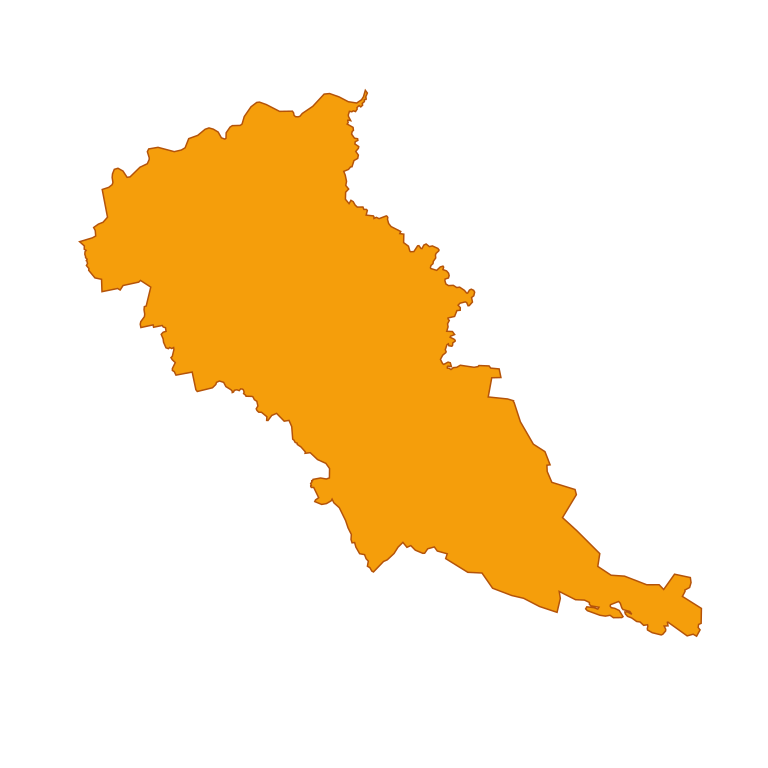 Straupes pag., Pargaujas, Latvia, rotated 171°
{"feature_id": "27541924B928212469839", "entity_name": "Straupes pag.", "entity_type": "district", "adm_level": 2, "iso_a3": "LVA", "parent_name": "Latvia", "parent_adm1": "Pargaujas", "projection": "mercator", "projection_center": [24.945, 57.337], "detail": "fine", "context": "isolated", "style": "filled", "palette": "amber", "viewbox_px": 768, "rotation_deg": 171, "n_neighbors": 0, "source": "geoboundaries", "source_scale": "gbopen_adm2", "svg_char_len": 6158}
<svg xmlns="http://www.w3.org/2000/svg" viewBox="0 0 768 768"><g transform="rotate(171 384 384)"><path d="M248.8,131.4L243.4,144.6L243.4,151.7L228.6,141.0L219.8,139.2L215.3,136.1L215.6,134.3L214.3,132.5L206.6,129.9L208.1,128.2L211.5,130.2L218.5,132.2L220.0,130.4L218.6,128.3L206.9,121.8L201.6,120.1L196.9,120.2L194.0,117.3L185.7,116.1L184.3,116.8L187.1,123.5L191.1,126.3L194.6,127.6L195.4,129.3L194.8,130.6L186.3,132.5L184.9,130.4L184.2,125.8L183.2,123.8L176.8,120.9L175.3,117.8L179.3,120.8L181.8,121.2L181.6,119.2L179.8,116.4L176.1,114.3L171.6,109.9L168.3,108.9L165.3,105.0L161.4,105.0L161.3,103.4L162.2,101.3L162.2,99.8L158.0,96.4L149.5,92.8L147.8,93.2L144.5,96.0L144.1,97.7L145.2,101.1L141.3,100.7L141.4,104.3L140.8,104.4L124.0,87.8L117.8,88.5L114.7,86.0L110.3,91.7L111.8,94.4L110.9,97.3L108.2,98.0L105.6,112.7L122.5,127.5L119.1,132.1L119.1,133.4L114.0,135.2L111.8,139.8L111.7,144.9L126.8,150.7L139.9,137.3L143.7,142.7L155.9,144.6L176.5,156.6L189.6,159.6L201.4,170.4L197.4,182.7L216.4,208.8L228.6,224.1L211.3,244.6L211.8,249.9L233.6,260.6L236.5,272.1L235.8,278.3L232.6,278.2L235.6,292.0L245.9,301.2L255.2,325.3L258.4,345.4L259.0,346.6L258.7,347.2L264.3,349.9L283.1,354.9L276.6,373.3L267.5,372.1L267.9,380.9L276.1,383.0L277.4,385.4L287.4,387.4L288.4,386.5L292.4,386.4L305.7,390.6L309.5,389.1L312.8,389.3L315.6,387.8L317.3,389.4L318.9,389.7L318.9,390.9L318.0,391.7L314.7,390.6L315.2,394.6L317.3,395.6L321.9,394.0L323.0,395.1L324.4,399.5L321.5,403.3L318.1,405.3L317.6,406.1L318.1,408.3L315.7,412.9L314.2,413.6L313.9,411.6L311.1,410.7L310.2,411.5L309.7,413.8L307.0,415.2L306.9,416.1L307.9,417.4L311.4,419.8L310.8,420.8L306.5,421.8L308.2,425.1L313.8,426.3L311.8,430.4L311.8,433.5L309.6,436.5L310.6,438.4L310.4,439.2L303.7,439.7L300.5,445.1L297.2,444.9L296.7,447.5L298.5,450.3L296.3,451.9L290.8,452.4L289.6,451.4L288.7,448.1L287.5,448.1L283.8,451.1L284.0,455.7L281.5,457.1L280.1,460.5L280.8,462.5L283.0,464.0L284.9,463.4L287.2,460.7L288.2,460.9L289.9,463.9L294.1,467.8L297.1,467.9L300.1,470.6L304.9,471.1L307.2,473.1L307.7,476.5L307.2,478.1L303.8,478.6L302.7,480.8L302.9,483.3L304.5,485.9L307.9,487.8L306.8,490.1L307.3,491.2L310.1,490.8L314.2,488.0L319.8,490.8L320.0,491.5L319.1,493.7L316.8,495.2L316.1,497.4L313.2,500.4L313.0,503.3L312.2,504.8L309.0,507.0L308.7,507.8L309.6,509.5L314.6,512.8L317.7,512.6L320.5,515.7L322.9,515.0L325.3,511.8L326.3,512.1L327.9,515.2L329.2,515.2L333.8,510.1L337.1,510.5L337.7,511.3L338.3,516.3L342.5,520.6L341.0,528.9L344.9,530.1L343.6,532.0L352.4,538.4L354.3,541.8L354.8,546.0L354.2,547.9L354.6,549.0L355.4,549.7L363.0,548.1L365.5,549.8L368.0,549.1L367.8,550.9L368.2,551.7L375.2,553.6L373.3,558.1L374.1,559.2L376.6,559.6L377.1,562.1L382.7,562.9L384.5,565.2L385.9,568.9L387.9,570.6L390.3,567.6L393.2,572.5L391.9,579.4L388.4,582.1L390.7,586.1L389.3,590.0L389.6,596.3L390.5,600.3L385.5,601.5L383.1,603.6L381.6,603.6L378.7,609.4L374.7,610.9L373.5,614.1L375.5,618.1L372.4,620.8L371.8,622.4L375.2,625.7L374.5,627.8L371.7,628.7L371.7,630.4L374.7,631.4L376.9,635.9L375.9,638.4L374.5,639.3L374.4,642.3L379.7,646.5L378.5,647.8L378.7,649.8L378.3,650.3L375.7,649.3L377.2,653.7L377.2,655.3L375.5,658.7L373.2,657.9L371.6,658.6L369.5,657.5L367.5,659.7L367.5,661.2L365.7,662.5L365.0,662.8L363.6,661.3L361.5,662.7L361.6,664.5L359.2,666.0L358.9,667.9L357.2,667.9L356.9,669.3L357.3,670.1L354.9,674.0L356.5,677.0L359.4,670.9L361.7,668.3L367.0,665.8L375.1,668.4L383.3,674.5L392.3,679.4L397.8,679.7L410.9,669.4L422.4,664.0L425.1,661.6L427.1,661.3L429.6,661.9L430.8,663.4L430.9,666.0L431.8,667.8L444.5,669.6L456.5,678.4L462.9,681.9L465.7,682.0L472.0,678.6L480.2,670.0L483.5,663.0L485.5,661.9L493.4,662.9L495.9,661.8L500.6,656.8L501.6,651.5L502.9,650.8L506.1,652.6L508.4,658.8L512.7,662.4L516.8,664.3L520.8,663.6L529.1,658.7L538.5,656.9L543.5,648.4L547.6,646.8L554.8,646.3L570.2,653.1L579.6,653.0L581.4,650.5L580.5,644.2L580.8,642.5L583.3,638.6L591.1,636.3L602.4,628.3L605.4,628.3L608.5,635.2L613.0,638.7L616.8,638.2L619.3,634.0L620.2,630.5L620.2,625.5L621.3,623.4L625.1,621.3L631.9,620.2L631.0,592.0L636.2,587.7L641.1,586.6L646.3,584.0L645.2,580.8L645.6,575.3L649.1,574.0L662.4,572.2L658.4,567.3L659.0,564.0L657.3,562.6L658.6,561.4L659.2,559.0L658.8,556.3L659.0,555.5L657.7,553.7L658.7,552.4L658.2,552.1L658.0,549.3L659.4,547.6L657.4,544.2L657.9,542.5L652.9,534.0L646.6,531.6L648.1,519.3L632.1,520.0L629.9,518.1L626.3,522.1L610.3,523.0L608.3,524.4L599.2,516.2L606.7,498.2L608.6,497.9L609.4,494.9L609.4,490.5L610.1,488.0L614.5,483.6L615.4,481.2L615.3,477.8L602.8,478.5L602.7,476.1L593.9,476.5L593.1,474.8L591.0,473.8L591.0,470.1L594.0,469.7L596.3,467.9L595.1,463.2L595.2,459.7L593.7,453.9L591.4,452.6L589.9,453.6L588.1,452.2L586.1,452.9L586.1,450.9L588.8,444.4L590.3,443.4L589.3,441.0L586.8,437.8L590.6,432.4L590.9,430.5L589.2,429.0L588.1,425.3L571.6,425.8L570.7,407.8L569.6,405.8L554.0,407.1L550.2,409.8L549.2,411.8L546.1,412.7L542.1,410.7L540.6,406.2L536.1,402.3L535.1,400.8L535.2,399.3L533.9,399.6L532.7,401.2L530.2,401.3L528.0,400.1L526.4,401.6L524.6,401.1L523.9,400.4L523.4,397.9L524.2,396.5L522.4,394.5L522.2,393.5L516.3,392.4L515.4,391.7L514.5,388.8L512.3,386.8L512.0,382.0L514.1,379.5L513.6,377.7L512.2,375.8L509.4,375.2L504.8,370.0L505.6,366.4L504.3,366.1L499.8,370.5L494.7,371.8L488.4,362.9L483.5,362.9L481.8,356.3L482.8,343.8L481.7,342.6L480.9,340.2L479.0,339.1L479.1,337.8L475.9,334.9L472.3,329.2L472.8,327.9L467.6,327.7L461.5,319.8L453.8,314.7L451.0,309.0L452.6,299.8L455.8,299.2L461.4,301.1L469.0,300.9L469.7,299.7L470.5,299.8L470.8,298.1L472.0,297.3L471.6,295.2L472.3,295.0L472.4,294.2L471.9,293.2L469.6,292.8L466.3,281.9L469.8,280.2L470.8,278.7L464.4,274.8L459.5,274.9L454.4,276.9L453.3,278.4L452.1,274.5L447.5,268.8L443.3,255.2L442.0,247.5L439.8,240.5L440.9,235.6L440.4,232.1L437.8,232.0L437.3,227.3L434.6,220.2L429.9,218.5L429.0,214.2L427.2,211.5L428.9,206.6L426.7,204.8L425.3,201.1L423.8,200.0L412.2,208.8L408.3,209.8L403.7,212.9L400.6,215.0L395.7,220.6L390.1,224.6L386.9,219.1L382.8,220.2L379.1,215.0L372.2,210.7L370.3,210.5L366.6,214.4L359.8,215.2L357.5,210.7L348.1,206.4L350.4,201.9L330.7,184.9L316.8,182.0L308.7,165.3L290.9,155.1L279.6,150.5L265.2,139.9L248.8,131.4Z" fill="#f59e0b" stroke="#b45309" stroke-width="1.5"/></g></svg>